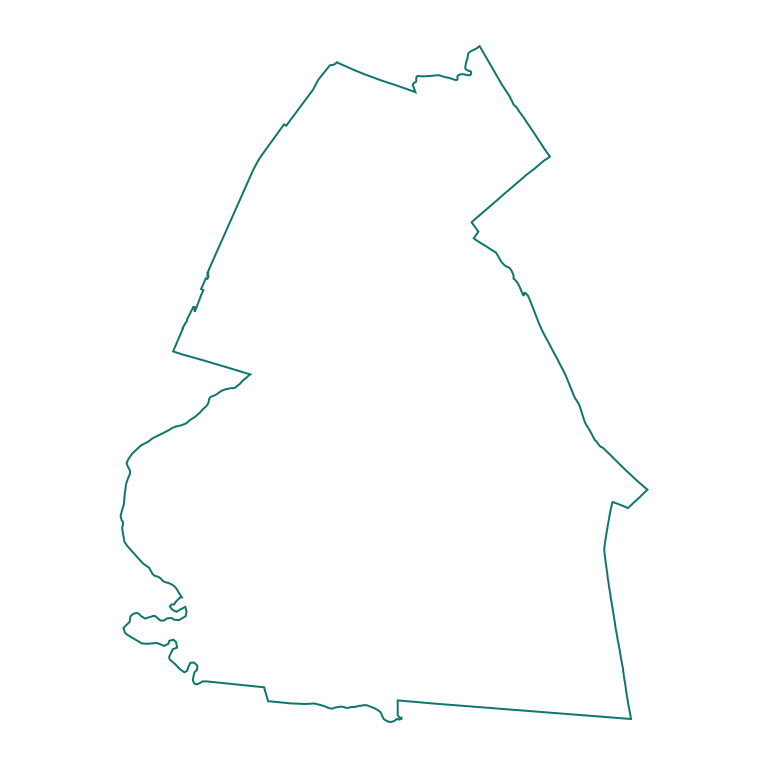 Ghidigeni, Galati, Romania (Natural Earth projection)
{"feature_id": "2599482B46440219458766", "entity_name": "Ghidigeni", "entity_type": "district", "adm_level": 2, "iso_a3": "ROU", "parent_name": "Romania", "parent_adm1": "Galati", "projection": "natural_earth1", "projection_center": [27.503, 46.029], "detail": "fine", "context": "isolated", "style": "outline", "palette": "teal", "viewbox_px": 768, "rotation_deg": 0, "n_neighbors": 0, "source": "geoboundaries", "source_scale": "gbopen_adm2", "svg_char_len": 6040}
<svg xmlns="http://www.w3.org/2000/svg" viewBox="0 0 768 768"><path d="M549.9,156.4L547.7,153.6L544.1,148.4L542.0,145.1L531.7,129.5L526.4,121.7L524.3,118.4L519.6,112.1L518.0,109.6L516.3,107.1L515.9,106.6L514.0,105.1L513.3,104.0L512.6,102.4L511.6,100.3L510.4,98.4L510.4,97.5L505.5,90.1L501.9,84.6L479.6,46.1L478.3,47.0L477.6,47.7L476.9,48.2L475.9,48.8L473.7,49.9L472.3,50.5L470.6,51.3L469.1,52.6L468.6,53.2L468.2,54.1L467.9,55.3L467.7,56.5L467.7,57.8L467.4,58.6L466.9,59.8L466.2,61.9L465.5,65.5L465.3,67.0L465.3,67.9L465.4,68.5L465.8,69.2L466.5,69.8L468.2,70.6L468.9,70.9L469.8,71.1L470.6,71.4L471.0,71.8L471.1,72.4L471.2,73.1L471.1,73.8L470.8,74.3L470.4,74.8L469.9,75.2L469.3,75.3L467.4,75.1L463.2,74.2L462.0,74.1L460.6,74.4L459.7,74.6L458.6,75.1L458.0,75.5L457.7,75.9L457.5,76.3L457.4,76.9L457.6,78.8L457.3,79.4L457.0,79.8L456.5,80.0L455.7,80.0L454.2,79.6L449.0,77.9L444.5,77.0L440.9,75.8L439.5,75.4L438.4,75.3L436.1,75.4L433.0,75.7L423.6,76.4L418.2,76.0L417.2,76.2L416.5,77.0L416.2,78.6L416.3,80.3L416.0,81.7L415.0,82.3L413.6,83.4L412.9,84.4L412.9,85.2L415.4,92.2L411.2,90.6L393.7,84.5L386.4,82.2L381.2,80.4L368.7,75.8L364.1,74.1L353.3,69.7L336.8,62.3L335.4,63.8L333.2,64.9L330.0,65.2L318.3,79.7L313.1,89.6L286.6,125.2L286.2,125.7L284.0,124.4L261.5,155.5L257.6,161.6L255.0,166.5L252.5,171.5L209.7,267.7L208.7,270.3L207.4,273.0L208.3,273.3L208.0,274.2L207.3,275.7L208.6,276.2L207.4,278.8L205.9,278.3L201.1,289.0L203.4,290.2L201.6,294.3L201.4,294.7L200.8,295.3L200.9,295.8L194.8,311.9L194.3,307.6L194.4,307.0L193.3,307.0L188.7,316.2L187.4,318.6L186.8,321.3L185.2,323.5L182.6,328.1L183.0,328.3L173.1,351.4L181.9,354.3L205.6,361.0L250.3,374.4L248.9,375.5L242.2,381.1L240.5,383.3L235.2,387.6L233.4,388.1L230.7,388.2L228.3,388.7L226.0,389.2L223.3,390.1L221.7,390.7L218.9,392.6L216.8,394.2L214.4,395.5L212.2,396.2L210.4,397.1L209.1,399.0L208.6,402.2L207.6,404.5L206.3,406.2L203.4,408.8L199.5,413.0L195.2,416.7L190.4,419.8L187.7,422.1L185.8,423.6L180.8,425.4L175.7,426.6L172.3,427.9L169.1,430.0L152.1,438.6L148.5,441.5L141.0,445.4L132.1,453.7L128.4,459.1L126.6,463.0L127.9,466.8L129.6,469.8L130.1,472.0L129.8,474.2L128.5,477.2L126.3,483.1L124.7,494.3L123.9,504.2L122.0,510.4L120.6,515.6L121.6,520.1L122.9,521.7L123.0,524.4L122.3,526.8L122.2,528.8L124.4,541.7L127.1,545.8L142.7,563.2L147.1,566.4L149.0,567.6L152.5,573.8L154.4,575.7L156.5,576.3L158.8,577.1L160.5,578.3L162.9,581.0L165.3,582.2L168.2,582.9L171.1,584.1L174.0,586.0L176.1,588.2L179.0,592.9L181.8,597.3L180.4,597.3L175.9,601.6L174.2,604.4L171.6,604.4L169.8,606.4L171.5,608.8L172.7,609.9L176.5,611.8L179.9,609.7L185.3,606.9L186.6,611.6L185.6,616.2L179.0,620.1L174.1,619.7L171.6,618.0L166.8,618.4L164.4,620.4L160.4,620.6L155.1,616.0L153.2,616.0L145.1,618.5L141.3,616.3L138.9,613.8L136.8,612.9L133.2,613.8L130.5,616.3L129.6,621.9L123.5,627.9L124.9,632.7L127.1,634.7L141.8,643.4L147.0,643.8L157.0,643.0L164.1,645.9L168.4,643.7L169.3,640.8L173.4,639.7L176.1,642.1L177.1,647.6L172.8,649.2L169.1,657.0L169.7,659.4L175.6,664.6L180.1,669.4L184.4,672.3L187.0,670.9L188.5,666.6L190.4,662.8L194.1,662.6L197.3,665.6L197.2,669.4L194.4,672.5L192.8,679.7L193.9,683.0L195.5,684.2L197.3,684.2L199.6,683.2L202.7,681.4L206.6,681.4L264.3,687.3L264.5,688.8L268.1,701.3L270.6,701.4L290.7,703.4L300.8,703.8L304.6,704.1L306.5,703.8L308.2,703.9L313.6,703.5L315.4,703.7L317.0,704.2L319.9,704.8L322.7,705.7L324.3,706.0L326.9,707.3L329.1,708.1L330.1,708.3L331.6,708.5L332.8,708.5L334.0,708.1L335.0,707.6L335.8,707.3L337.0,707.2L337.7,707.2L339.1,706.9L340.7,706.6L342.5,706.8L343.9,707.1L345.2,707.5L346.6,707.9L347.6,707.9L348.7,707.7L350.2,707.3L351.1,707.1L352.4,707.0L354.3,707.0L354.7,707.0L358.9,705.9L359.7,705.8L360.9,705.8L363.9,705.1L364.5,705.1L366.9,705.3L374.6,708.2L378.7,710.7L380.6,712.3L381.3,713.5L381.9,715.3L383.4,718.4L384.2,719.4L384.5,719.7L385.5,720.2L388.6,721.7L389.2,721.9L391.0,721.9L391.7,721.8L392.9,721.4L393.9,721.2L394.1,721.0L394.9,720.6L396.4,719.3L396.9,719.1L397.4,719.0L397.7,719.1L399.0,719.6L401.4,718.9L401.5,717.8L400.1,717.8L397.7,715.5L397.7,700.4L433.2,703.5L630.9,719.0L630.8,717.7L630.3,714.7L628.5,705.3L627.9,702.0L627.4,698.6L627.0,696.5L626.6,694.1L625.8,688.8L625.5,686.0L625.1,683.6L625.0,682.5L624.6,680.5L624.3,678.9L624.2,677.9L623.8,675.7L623.6,673.4L623.3,672.1L622.8,667.7L622.0,663.8L621.5,660.5L621.2,659.3L620.9,657.8L620.2,653.0L619.7,650.0L619.3,648.1L618.9,646.1L618.4,642.9L617.8,640.4L617.0,635.5L616.6,633.3L615.7,628.9L615.5,627.1L615.0,624.1L614.9,622.7L614.6,620.8L614.2,619.2L613.9,616.3L613.3,613.1L612.9,610.5L612.6,608.5L611.6,602.2L611.2,600.4L610.8,598.4L610.4,594.4L609.0,586.7L608.4,581.7L607.8,578.6L607.2,572.9L605.9,563.9L605.0,556.9L604.9,555.8L604.5,553.4L604.3,550.8L604.4,548.1L604.4,546.5L604.6,545.8L604.9,543.5L605.0,542.8L607.1,529.4L607.5,527.6L607.7,525.9L608.6,521.0L609.2,517.9L609.5,515.8L609.9,513.6L610.9,508.8L611.8,504.9L612.1,503.4L612.7,502.0L622.8,505.8L624.5,506.6L628.0,508.1L634.0,502.4L637.2,499.5L638.9,497.9L639.7,497.3L640.5,496.3L647.4,489.7L638.1,481.7L628.3,472.6L620.0,464.6L613.6,458.2L606.0,450.7L602.5,447.5L601.2,447.1L599.7,445.9L597.6,443.2L596.4,441.2L595.6,440.8L594.8,440.0L593.8,438.1L592.0,434.6L589.6,430.2L585.9,424.3L584.8,422.0L582.4,414.7L581.0,410.2L579.8,406.5L578.9,404.3L577.6,402.1L576.4,400.1L575.5,398.9L574.2,396.4L565.8,375.7L563.9,371.7L560.1,364.6L559.0,362.3L555.9,356.4L553.9,352.8L549.0,343.4L545.0,336.1L542.8,331.9L539.0,323.6L533.3,308.7L529.6,299.4L527.8,295.4L525.5,293.1L524.9,292.8L524.5,292.8L524.4,292.9L524.2,293.3L524.2,294.4L523.9,295.2L523.6,295.4L523.1,295.2L521.5,291.4L519.8,287.1L517.7,283.1L515.5,280.2L513.5,278.7L513.5,278.3L513.7,276.9L513.5,275.6L512.7,273.2L511.3,270.3L509.7,268.0L508.8,267.5L506.8,266.7L504.9,265.6L501.7,262.2L500.8,260.9L496.7,253.7L495.6,252.3L490.1,249.0L485.6,245.9L482.4,244.1L478.0,241.3L473.7,238.4L478.4,231.7L471.6,222.4L471.7,222.1L475.1,219.1L497.2,200.1L502.0,195.8L516.3,183.6L526.7,174.6L534.6,168.6L540.5,163.5L544.3,160.4L547.8,158.2L549.2,157.1L549.9,156.4Z" fill="none" stroke="#0f766e" stroke-width="2"/></svg>